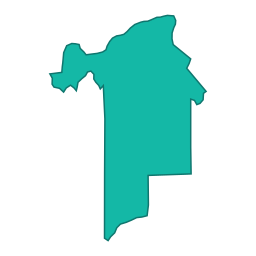 the district of Sete de Setembro, Rio Grande do Sul, Brazil
{"feature_id": "56859067B16133664835156", "entity_name": "Sete de Setembro", "entity_type": "district", "adm_level": 2, "iso_a3": "BRA", "parent_name": "Brazil", "parent_adm1": "Rio Grande do Sul", "projection": "natural_earth1", "projection_center": [-54.476, -28.157], "detail": "fine", "context": "isolated", "style": "filled", "palette": "teal", "viewbox_px": 256, "rotation_deg": 0, "n_neighbors": 0, "source": "geoboundaries", "source_scale": "gbopen_adm2", "svg_char_len": 1109}
<svg xmlns="http://www.w3.org/2000/svg" viewBox="0 0 256 256"><path d="M79.1,44.5L75.5,43.8L71.8,43.5L66.7,45.7L63.7,52.6L62.8,62.7L62.3,66.5L61.8,72.4L49.9,73.9L52.3,78.2L52.1,84.2L54.0,87.1L59.5,88.3L63.6,92.1L66.3,87.9L70.5,85.2L74.0,87.9L76.3,90.7L77.2,86.9L78.0,82.3L81.9,78.6L85.5,75.7L87.5,72.0L90.9,71.1L93.9,74.3L93.8,79.0L95.8,82.2L98.8,85.5L100.3,88.9L103.3,85.6L104.9,118.9L104.6,173.5L104.5,238.2L108.1,240.6L110.6,236.8L114.7,232.8L116.8,227.7L120.4,224.1L126.3,222.3L131.3,220.2L136.7,217.6L142.0,217.0L147.1,215.7L148.4,205.0L148.1,175.4L191.1,173.9L191.0,166.7L190.7,147.0L190.7,99.1L194.5,100.4L196.8,104.6L200.0,103.4L203.1,99.8L203.5,93.3L206.1,91.4L186.7,68.3L189.1,63.5L190.7,58.9L173.2,44.6L172.0,38.9L172.1,33.0L173.8,27.6L175.4,24.2L175.7,20.4L173.7,15.9L167.4,15.4L163.3,16.3L160.2,17.2L156.9,17.3L151.2,19.8L147.8,21.2L143.9,21.4L140.7,22.2L134.8,24.5L130.4,28.0L127.1,31.6L123.9,34.3L120.3,35.3L116.6,35.9L112.5,38.1L109.7,41.5L107.1,46.1L106.0,49.8L102.6,52.0L97.2,53.4L91.4,54.1L86.1,54.8L83.9,52.0L80.2,48.4L79.1,44.5Z" fill="#14b8a6" stroke="#0f766e" stroke-width="1.5"/></svg>